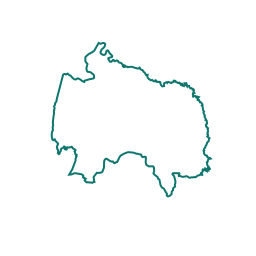 the district of Sanamxay, Attapu, Laos, rotated 140°
{"feature_id": "54806243B21104398525557", "entity_name": "Sanamxay", "entity_type": "district", "adm_level": 2, "iso_a3": "LAO", "parent_name": "Laos", "parent_adm1": "Attapu", "projection": "robinson", "projection_center": [106.401, 14.728], "detail": "fine", "context": "isolated", "style": "outline", "palette": "teal", "viewbox_px": 256, "rotation_deg": 140, "n_neighbors": 0, "source": "geoboundaries", "source_scale": "gbopen_adm2", "svg_char_len": 5730}
<svg xmlns="http://www.w3.org/2000/svg" viewBox="0 0 256 256"><g transform="rotate(140 128 128)"><path d="M62.7,84.6L62.1,87.5L61.0,88.3L60.8,90.0L60.3,91.2L59.1,91.8L59.2,92.7L59.0,93.4L57.0,96.6L57.0,97.6L56.4,97.4L55.7,98.3L55.8,99.2L55.5,100.5L56.4,101.5L55.6,103.5L55.8,104.1L56.4,104.2L56.7,104.6L55.8,105.7L53.8,106.1L54.7,107.5L55.8,107.2L56.1,107.4L55.7,108.8L55.9,109.4L57.3,110.0L57.7,109.9L58.0,110.2L57.8,110.6L56.8,111.5L56.8,111.9L56.3,112.1L56.0,112.6L54.7,112.2L54.7,112.5L55.1,112.9L55.1,113.2L54.1,114.0L53.3,114.3L52.9,115.3L53.0,115.7L53.8,116.0L53.5,116.8L53.8,117.8L54.4,118.0L54.7,118.5L54.7,120.0L54.1,120.9L55.2,121.6L55.3,122.2L55.9,121.9L55.5,123.3L55.0,123.6L54.5,124.8L55.8,125.8L56.4,124.5L57.0,124.2L57.3,124.5L58.2,124.1L58.8,125.2L57.9,125.1L58.4,126.0L58.1,126.6L58.9,126.6L58.6,127.2L58.9,127.9L59.7,127.7L59.4,129.0L59.6,129.9L60.7,130.1L61.0,131.2L61.6,132.2L61.6,132.7L62.0,133.2L61.5,133.7L62.3,134.8L63.0,134.7L63.6,134.1L64.8,134.4L65.3,134.8L65.9,134.6L67.6,137.5L69.0,137.3L68.9,137.9L69.1,138.4L71.1,139.0L72.0,138.8L73.4,136.9L75.0,137.9L75.1,139.5L74.6,141.2L73.9,142.1L74.0,143.0L74.6,143.2L75.2,144.0L76.2,144.6L76.0,146.3L76.3,146.9L77.4,146.4L78.3,147.4L78.6,149.3L79.7,149.7L80.1,150.3L80.1,151.2L80.5,151.9L80.6,153.7L80.4,154.5L79.9,155.3L78.8,156.1L80.1,157.0L79.6,159.6L79.9,160.7L79.7,163.0L80.7,164.8L80.3,166.8L81.8,166.9L82.5,167.4L83.3,168.9L84.1,169.7L85.4,172.1L87.9,174.1L89.1,174.6L89.4,175.8L90.4,176.5L90.2,177.6L90.4,178.0L91.1,177.1L91.7,177.2L92.2,177.7L92.3,178.7L91.4,179.7L91.4,181.3L91.6,182.4L92.8,184.1L92.9,184.8L92.6,185.8L93.1,187.0L95.1,187.5L95.4,187.9L95.3,189.4L95.6,189.8L98.1,189.4L99.2,190.5L98.8,193.4L98.3,194.1L97.7,194.1L95.0,192.8L94.4,192.8L93.8,193.2L93.7,194.8L94.0,197.1L93.5,200.2L93.9,200.7L94.7,200.9L97.6,199.1L98.9,199.1L99.8,199.7L100.6,201.1L100.9,202.3L100.7,203.3L99.9,204.0L97.7,205.1L95.4,205.1L93.7,205.4L91.8,206.6L91.5,207.2L91.6,208.2L92.2,209.0L95.2,210.4L95.8,212.0L104.2,208.9L106.3,209.0L110.8,209.9L114.6,209.8L115.4,209.4L117.8,206.4L118.0,205.1L117.8,203.5L118.0,203.0L121.5,200.5L122.7,198.4L122.8,197.6L122.6,196.8L121.3,195.5L120.8,194.6L120.1,191.1L120.4,190.0L121.4,188.5L122.0,188.2L123.1,188.4L125.9,190.0L130.7,192.1L131.4,192.1L131.9,191.5L133.0,193.4L133.2,195.3L134.3,198.0L134.8,198.5L136.4,198.6L137.1,199.0L137.9,200.1L138.3,202.1L138.3,204.9L139.0,206.1L139.2,208.4L141.2,208.9L141.5,209.8L142.1,210.4L143.5,210.5L163.8,196.1L165.6,194.5L166.8,194.0L167.8,193.9L169.1,192.7L170.7,192.1L171.6,190.2L173.0,189.4L173.2,188.9L173.8,188.7L175.5,186.5L177.2,185.1L182.0,180.6L183.8,177.9L184.8,177.5L187.2,174.3L188.5,174.0L190.5,172.2L191.9,170.4L193.2,168.1L193.2,166.8L191.8,166.7L191.4,166.4L191.9,164.8L191.7,163.7L191.8,162.8L191.5,161.8L191.7,160.9L192.2,160.4L193.1,160.2L194.7,159.2L194.9,158.4L195.6,157.7L195.7,156.2L196.6,154.9L197.9,153.8L197.8,152.4L197.1,152.3L195.5,153.2L194.1,153.7L193.5,154.5L192.6,154.9L191.8,155.0L190.8,154.4L188.8,154.9L188.5,154.0L189.0,153.1L189.9,152.3L189.8,151.8L189.1,151.1L188.7,151.0L187.6,152.4L187.0,152.4L186.2,151.2L184.3,150.2L183.3,149.9L183.1,149.4L183.3,148.5L183.2,147.3L182.5,145.8L182.7,145.3L182.5,144.8L184.0,144.3L183.9,143.9L185.0,142.1L185.1,141.6L184.6,140.6L185.2,140.3L185.4,139.6L186.0,139.8L186.4,139.0L188.2,137.9L189.0,136.8L197.4,132.1L203.1,130.1L201.4,128.9L197.9,127.7L195.0,124.4L193.5,122.6L192.9,121.4L192.9,120.3L194.0,119.3L193.9,118.8L194.1,118.7L193.8,117.8L193.4,117.7L193.4,117.2L193.1,116.6L193.5,116.6L193.8,115.9L194.2,115.6L194.8,115.7L194.8,115.2L195.0,114.9L194.6,112.9L193.5,112.2L192.9,111.3L191.5,110.2L190.7,109.0L190.0,109.0L188.3,108.3L188.0,109.6L187.1,110.4L186.3,112.0L185.7,112.6L180.7,113.7L178.8,112.0L176.5,110.9L175.9,110.9L172.0,113.0L167.7,117.8L166.3,118.6L164.8,118.7L164.0,118.0L163.2,114.9L162.4,113.1L161.1,112.1L161.3,110.8L161.1,109.9L160.7,109.6L159.0,109.4L158.2,108.9L153.5,111.0L151.5,111.6L147.6,110.9L144.5,109.9L143.2,109.2L140.1,106.1L139.2,105.0L138.0,102.7L137.1,102.1L136.6,101.1L135.2,99.5L135.1,98.7L135.7,97.8L135.7,96.9L135.4,96.3L133.5,95.1L133.1,94.6L133.1,94.1L136.7,90.1L137.6,87.9L136.7,85.2L133.5,82.6L133.5,81.1L135.3,78.6L137.7,76.8L137.7,75.1L136.9,71.7L136.9,71.2L137.6,69.7L137.2,68.9L137.3,67.8L139.7,63.6L140.2,61.4L140.2,60.3L139.5,58.3L140.2,54.9L140.4,52.9L140.6,52.4L141.7,51.4L141.5,50.0L141.2,49.8L140.0,49.3L137.4,49.2L135.6,50.9L134.8,51.3L133.6,51.4L132.6,52.5L131.4,52.9L130.1,52.8L129.4,53.0L128.8,54.3L127.1,55.4L125.7,57.1L123.7,61.3L123.7,63.9L123.1,64.4L122.5,64.4L118.0,60.6L117.9,60.0L119.5,59.2L119.9,58.5L118.8,57.7L118.4,56.7L117.6,55.5L115.5,54.1L114.2,53.6L113.6,52.5L113.2,50.9L112.6,50.1L111.1,49.4L110.1,48.5L108.7,47.8L108.3,47.1L107.0,46.7L105.4,46.8L103.3,45.8L102.3,45.9L101.3,44.4L101.0,44.8L101.2,46.4L100.8,46.6L99.8,46.3L98.8,46.8L97.3,46.9L97.7,48.0L97.2,48.2L96.4,47.1L95.8,45.4L95.4,47.2L95.0,47.4L95.0,44.4L94.8,44.2L94.6,44.1L94.1,44.6L93.9,45.4L93.5,45.8L93.3,45.7L93.2,44.5L92.7,45.2L92.7,46.1L92.3,46.3L92.1,45.8L92.2,44.3L91.7,44.0L91.4,44.4L91.5,45.5L91.1,46.3L91.3,47.5L91.0,48.9L90.4,49.5L89.7,51.0L89.0,51.2L88.6,51.0L87.4,52.0L85.9,52.3L84.3,51.4L84.3,52.0L84.6,52.6L85.5,52.9L85.7,53.3L85.8,54.3L85.5,54.8L85.8,55.3L85.3,56.1L86.2,57.3L86.3,58.6L86.0,59.8L85.2,60.6L85.2,61.0L84.7,61.8L84.3,61.8L84.4,62.3L82.9,63.2L81.4,63.4L80.0,64.4L79.0,64.5L78.5,65.0L77.4,65.4L76.7,66.0L74.8,66.0L73.7,67.0L72.2,67.7L72.0,68.0L72.7,69.7L72.8,70.5L71.3,70.9L71.2,72.1L70.6,72.3L70.1,73.4L69.2,73.7L68.6,74.2L67.8,75.9L66.9,76.2L66.8,76.5L67.1,77.4L66.9,78.2L67.2,78.6L67.1,79.0L66.3,80.3L65.9,80.2L65.5,80.6L64.7,80.6L63.9,81.4L63.7,82.1L63.0,83.0L63.5,84.3L62.7,84.6Z" fill="none" stroke="#0f766e" stroke-width="2"/></g></svg>